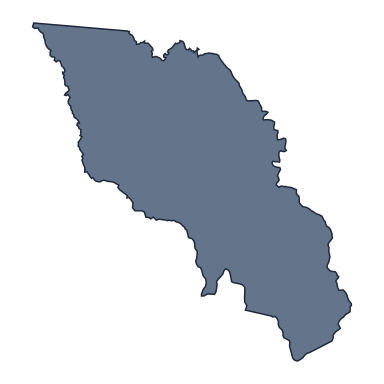 the district of Itapirapuã, Goiás, Brazil
{"feature_id": "56859067B49967436038382", "entity_name": "Itapirapuã", "entity_type": "district", "adm_level": 2, "iso_a3": "BRA", "parent_name": "Brazil", "parent_adm1": "Goiás", "projection": "robinson", "projection_center": [-50.766, -15.739], "detail": "fine", "context": "isolated", "style": "filled", "palette": "slate", "viewbox_px": 384, "rotation_deg": 0, "n_neighbors": 0, "source": "geoboundaries", "source_scale": "gbopen_adm2", "svg_char_len": 5635}
<svg xmlns="http://www.w3.org/2000/svg" viewBox="0 0 384 384"><path d="M33.7,23.0L32.6,26.9L34.6,28.4L38.3,28.1L38.7,29.7L40.2,31.6L41.4,32.5L43.0,33.4L43.6,35.0L43.6,37.1L44.4,38.7L45.1,41.2L45.4,43.3L46.0,45.1L47.3,47.5L48.9,49.1L51.0,50.5L50.2,52.0L50.1,55.4L52.0,57.0L53.8,56.9L55.0,57.9L54.2,60.2L56.2,61.9L57.8,60.5L60.0,61.0L61.1,63.6L61.6,65.8L62.9,67.1L64.2,68.5L65.0,70.8L64.0,72.6L62.6,72.1L62.7,73.8L64.2,75.3L63.6,77.2L64.5,79.5L65.0,82.5L64.8,84.4L65.7,85.8L67.7,86.2L68.5,88.3L69.2,89.8L68.1,91.4L65.6,93.3L64.6,95.1L66.2,95.6L67.9,94.5L70.1,97.3L68.7,99.5L68.2,101.3L68.4,103.4L69.5,105.0L70.6,105.9L70.8,107.8L71.3,109.9L72.4,111.3L72.4,113.2L73.7,114.7L74.2,117.2L77.0,119.1L78.8,121.6L79.4,123.1L77.5,123.0L76.9,125.3L78.1,126.2L79.2,128.6L81.1,129.8L80.6,131.7L81.0,133.9L80.0,135.6L81.9,136.6L79.8,140.3L78.2,142.3L78.5,144.0L78.1,146.0L79.2,146.9L80.0,149.7L81.8,152.2L83.5,154.4L81.8,156.3L82.9,158.5L81.9,160.1L82.7,162.4L83.6,164.8L84.8,167.2L84.8,169.7L84.7,172.1L87.0,171.9L88.5,173.8L89.8,176.1L91.5,178.4L92.9,177.6L94.5,180.0L95.5,180.9L98.3,181.8L100.4,181.8L101.8,180.8L103.4,180.2L105.9,180.7L107.6,181.4L110.4,181.6L112.0,181.8L114.0,182.4L116.9,184.1L118.7,184.8L117.9,187.5L119.8,189.9L123.4,192.6L125.5,194.1L127.4,195.6L126.8,197.9L128.7,197.4L130.4,199.0L131.5,200.7L133.0,202.5L132.5,207.8L133.7,209.4L135.1,210.8L138.6,210.8L141.1,210.7L142.6,211.1L144.4,212.1L145.9,217.2L149.0,217.6L150.8,218.9L153.4,217.1L154.9,218.6L156.1,220.1L158.8,219.2L162.2,219.6L165.7,220.0L167.5,220.7L169.2,220.2L171.4,220.8L173.9,220.3L175.9,221.7L180.2,223.2L181.6,224.6L183.0,226.2L184.7,227.3L185.2,229.0L186.8,230.0L187.5,233.3L188.1,235.4L188.5,237.5L189.9,238.1L191.9,238.6L193.5,240.4L194.4,242.2L194.9,245.5L194.7,247.0L195.4,249.1L196.6,250.3L197.3,252.4L196.6,258.5L195.8,260.8L196.3,263.5L197.4,265.7L198.5,266.9L200.6,267.7L201.8,270.7L203.1,275.7L205.6,278.8L206.3,282.7L205.7,285.6L205.0,287.1L203.4,289.1L201.5,294.0L201.5,296.0L204.0,295.9L207.5,293.9L214.5,294.3L215.8,292.2L216.6,288.4L217.1,284.4L216.5,281.6L218.4,279.1L220.7,276.6L222.8,274.1L223.9,270.8L225.6,268.9L228.5,270.2L229.9,272.7L230.9,277.5L231.6,281.6L233.7,282.7L236.4,283.2L238.5,283.6L242.0,284.5L244.8,287.2L244.8,292.4L244.5,297.4L244.8,302.1L246.8,305.6L246.2,308.0L245.4,310.1L271.2,316.0L272.7,317.0L274.8,316.5L276.8,317.9L278.3,321.2L278.4,325.0L279.4,327.5L282.1,330.0L283.1,332.8L283.0,335.7L283.9,337.7L289.4,340.6L289.9,342.9L289.5,345.9L290.4,349.5L291.3,352.4L291.9,355.3L293.0,358.6L294.7,360.2L297.6,361.0L300.5,359.4L303.0,357.6L304.5,355.5L305.7,354.3L307.1,353.3L309.1,352.7L331.8,341.1L333.3,337.6L333.0,335.3L334.1,333.6L335.3,332.2L336.4,331.2L338.1,330.2L340.3,328.4L339.6,326.7L338.2,324.3L339.0,321.2L340.7,319.3L341.8,318.1L343.3,317.4L345.4,314.6L347.6,313.4L350.1,311.7L350.1,309.5L350.1,306.8L351.4,305.4L351.3,303.6L349.2,301.0L348.3,299.5L347.6,297.7L347.1,295.4L346.4,293.8L344.3,291.0L342.9,289.9L341.3,290.2L338.8,290.3L337.6,287.3L337.2,284.9L336.7,282.8L335.9,281.4L336.6,279.6L338.0,278.2L338.7,276.7L337.2,275.5L336.7,273.5L335.4,271.8L331.7,271.3L330.1,270.8L328.2,268.9L327.1,267.5L327.2,265.5L327.7,264.0L328.7,262.4L329.2,259.8L329.9,257.3L329.5,254.4L328.9,252.2L328.9,249.7L328.9,247.2L327.9,244.9L328.5,243.2L329.8,241.5L331.4,239.5L332.5,237.9L332.0,235.8L332.0,233.8L331.2,231.8L330.6,229.8L328.9,227.4L326.8,226.3L325.6,223.7L325.3,221.7L323.7,220.1L322.8,217.8L321.9,216.2L319.0,214.6L316.2,213.9L314.7,212.7L312.7,211.3L311.1,210.7L309.8,209.3L306.7,207.4L303.1,206.8L301.2,205.1L299.3,202.7L299.3,198.4L298.8,196.1L297.4,195.2L296.4,193.5L296.4,189.7L293.2,188.3L291.3,187.5L289.8,187.3L287.5,187.2L285.6,186.4L284.2,186.7L282.4,186.1L280.3,186.3L279.1,187.4L276.4,185.0L276.6,182.9L278.2,181.6L279.1,180.1L278.7,178.2L277.5,175.7L278.6,173.0L280.5,169.3L279.8,167.6L276.1,167.0L274.1,166.2L272.7,164.8L272.0,162.5L273.1,161.3L275.5,161.7L277.3,161.7L279.5,162.1L279.9,160.1L279.4,158.5L278.9,156.2L278.9,152.3L280.5,150.7L282.8,151.5L284.7,151.5L286.3,150.5L285.0,148.7L284.9,146.4L285.4,144.9L286.0,140.8L285.5,138.8L283.8,138.1L282.4,138.7L280.8,139.4L277.5,139.9L277.0,134.7L278.1,132.5L277.7,130.6L274.1,129.7L273.7,127.2L274.4,124.3L274.5,122.1L271.5,120.2L268.4,119.7L266.1,119.8L263.5,119.9L262.9,118.4L264.0,116.3L265.2,115.1L266.5,114.1L268.0,112.3L266.2,111.4L264.8,111.3L262.4,111.3L261.5,109.9L261.6,107.5L260.3,105.3L258.9,102.3L258.2,101.0L256.2,100.4L253.2,100.7L250.9,100.7L249.5,100.9L247.8,100.8L246.3,100.0L245.3,96.6L242.9,93.5L241.8,89.8L240.8,87.9L239.4,85.7L238.9,83.0L237.1,81.3L235.9,80.1L234.8,78.9L233.8,77.5L232.9,76.2L231.6,73.5L231.2,71.9L230.0,70.0L228.3,68.7L226.5,67.2L225.3,65.5L224.2,64.5L222.7,62.3L220.3,59.2L219.4,57.6L218.6,55.4L216.6,54.3L214.3,54.0L212.8,53.5L211.2,53.4L209.5,53.0L207.4,53.4L204.8,53.7L202.6,55.3L200.7,55.1L199.1,55.7L198.0,57.0L197.4,53.9L196.8,50.5L195.2,51.2L194.0,52.7L193.2,50.8L191.5,51.1L190.9,49.5L189.4,48.3L188.5,49.9L186.3,49.5L185.2,47.5L184.5,45.2L184.2,43.5L182.9,41.5L180.0,40.6L179.8,42.5L178.4,43.1L176.8,43.7L175.4,43.2L174.0,45.3L172.1,47.6L170.6,48.7L168.4,49.9L167.5,51.9L168.9,52.8L167.7,54.8L166.3,54.6L165.1,53.5L163.6,55.2L163.8,57.1L166.0,57.9L164.9,59.5L163.5,60.8L161.9,60.4L160.4,58.5L156.9,56.7L155.4,56.4L152.5,57.4L151.9,55.3L152.3,53.3L151.3,51.1L152.9,50.3L152.6,48.3L151.0,46.4L149.3,44.6L147.9,43.1L146.4,43.3L144.5,42.9L144.6,41.1L142.3,42.7L140.8,42.6L139.4,44.0L136.5,44.3L136.4,41.7L134.6,40.6L133.7,37.9L132.3,35.4L130.2,34.2L128.8,33.3L129.4,31.6L127.2,31.0L33.7,23.0ZM196.8,50.5L198.9,49.3L197.3,48.1L196.8,50.5Z" fill="#64748b" stroke="#1e293b" stroke-width="1.5"/></svg>